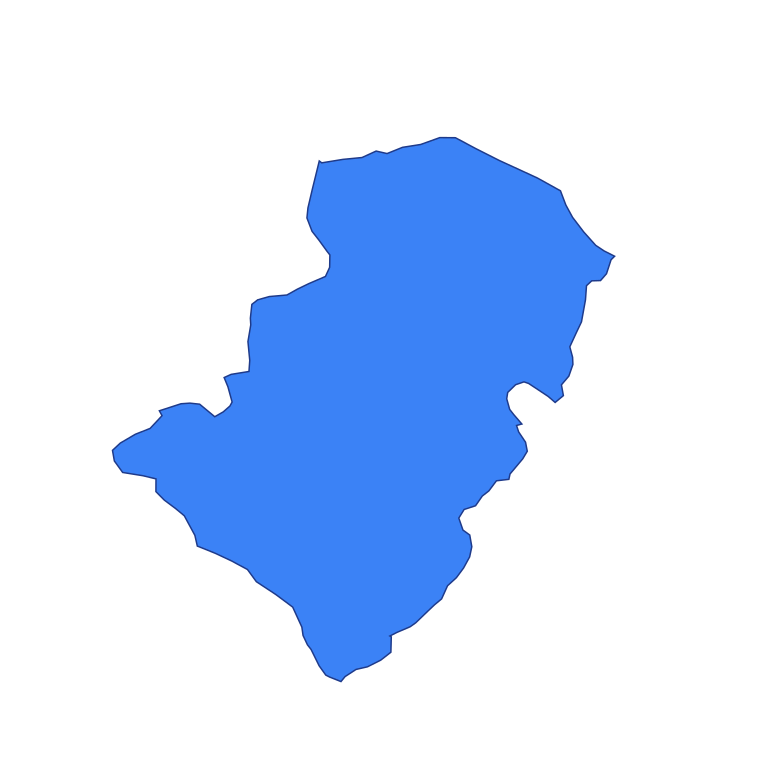 Anglisides, Larnaca, Cyprus, rotated 52°
{"feature_id": "46923920B38878659010420", "entity_name": "Anglisides", "entity_type": "district", "adm_level": 2, "iso_a3": "CYP", "parent_name": "Cyprus", "parent_adm1": "Larnaca", "projection": "natural_earth1", "projection_center": [33.461, 34.857], "detail": "fine", "context": "isolated", "style": "filled", "palette": "blue", "viewbox_px": 768, "rotation_deg": 52, "n_neighbors": 0, "source": "geoboundaries", "source_scale": "gbopen_adm2", "svg_char_len": 1874}
<svg xmlns="http://www.w3.org/2000/svg" viewBox="0 0 768 768"><g transform="rotate(52 384 384)"><path d="M168.4,297.7L178.8,310.9L186.1,320.2L198.4,335.5L205.7,342.5L219.4,346.7L230.8,346.7L244.5,347.2L249.0,347.2L258.6,355.0L263.2,363.9L258.6,381.5L255.9,394.0L254.1,405.7L244.5,420.5L239.9,431.7L239.9,439.1L249.9,448.8L255.4,452.6L266.8,465.1L282.8,475.3L291.0,482.7L282.8,497.6L282.3,498.5L280.5,506.0L290.1,508.7L304.7,514.8L306.5,519.0L307.0,527.8L305.6,537.5L286.4,541.7L279.6,548.7L274.6,556.1L266.8,577.5L272.3,578.4L275.0,595.6L270.5,610.9L268.2,628.1L269.1,638.8L278.7,643.9L279.4,643.9L292.8,644.4L307.9,630.4L318.4,622.1L328.4,630.0L340.3,628.6L353.9,624.9L364.9,622.5L386.8,626.2L396.8,630.9L413.7,621.1L430.1,612.8L435.0,610.7L446.1,605.8L461.2,606.3L483.5,598.8L503.6,593.3L525.0,598.4L532.3,602.6L542.4,604.9L548.3,604.9L566.1,608.6L577.5,609.1L581.6,607.2L592.0,601.1L590.6,594.8L591.7,581.8L596.7,571.1L599.6,556.5L599.6,543.7L587.7,533.9L586.2,534.5L587.7,526.8L591.4,512.8L591.7,506.0L590.0,489.6L589.1,480.1L588.8,470.9L582.1,458.1L581.2,446.2L578.0,434.6L573.0,423.0L566.3,415.0L555.8,409.4L547.7,411.7L535.7,407.6L532.2,398.1L536.3,386.8L532.8,375.5L532.8,367.2L529.5,355.0L536.0,344.3L532.5,340.1L528.4,320.8L525.2,312.5L517.0,308.3L504.7,307.4L498.3,305.1L500.4,300.0L487.8,300.6L481.4,300.6L471.2,296.4L466.8,291.7L465.6,280.7L468.5,272.4L472.6,269.7L494.8,262.3L503.9,260.5L503.6,249.8L493.9,244.7L491.6,233.5L484.9,223.1L479.0,218.9L469.1,214.7L462.1,201.1L456.6,190.1L441.7,173.4L431.2,163.9L430.6,156.8L435.8,149.7L434.1,140.8L425.9,128.6L425.3,123.6L414.7,128.6L405.1,131.8L387.2,133.0L368.8,132.8L354.9,130.5L340.4,126.0L316.1,136.3L278.9,155.5L255.1,166.7L233.9,176.1L224.2,188.3L217.8,207.7L208.9,223.7L204.3,239.7L195.6,246.8L192.0,261.9L181.7,278.1L171.4,296.9L168.4,297.7Z" fill="#3b82f6" stroke="#1e3a8a" stroke-width="1.5"/></g></svg>